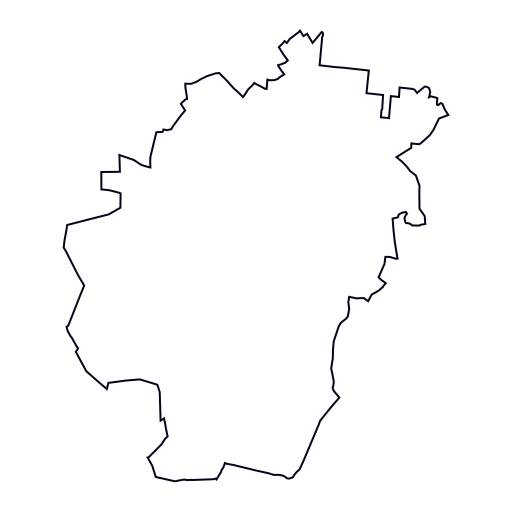 Aba South, Abia, Nigeria (Robinson projection)
{"feature_id": "59680162B9128777704300", "entity_name": "Aba South", "entity_type": "district", "adm_level": 2, "iso_a3": "NGA", "parent_name": "Nigeria", "parent_adm1": "Abia", "projection": "robinson", "projection_center": [7.357, 5.077], "detail": "fine", "context": "isolated", "style": "outline", "palette": "ink", "viewbox_px": 512, "rotation_deg": 0, "n_neighbors": 0, "source": "geoboundaries", "source_scale": "gbopen_adm2", "svg_char_len": 3436}
<svg xmlns="http://www.w3.org/2000/svg" viewBox="0 0 512 512"><path d="M101.3,172.0L101.4,189.4L109.2,190.2L117.9,192.4L120.6,193.4L120.4,207.7L108.7,214.4L92.4,218.5L67.2,225.0L66.0,232.6L64.5,240.3L63.7,247.7L65.7,250.8L68.8,256.9L78.2,275.4L84.2,285.6L80.2,295.3L68.3,325.6L66.6,326.8L67.1,329.2L68.0,331.6L70.6,336.3L71.8,337.6L72.4,338.8L76.5,346.1L78.1,348.3L75.8,351.8L86.3,371.2L99.6,382.9L106.8,389.0L108.4,382.9L125.4,380.6L139.9,379.4L157.3,384.7L159.7,391.9L160.6,420.6L164.1,418.4L164.3,420.2L164.8,421.8L166.3,430.4L167.5,435.7L167.5,436.6L165.3,438.5L161.4,444.5L150.9,455.0L148.9,457.1L147.6,457.5L152.3,465.9L155.8,477.0L167.8,479.7L174.9,481.3L182.5,479.8L184.7,479.6L186.9,480.1L191.0,479.9L192.6,480.0L213.9,479.2L215.4,478.6L215.9,478.7L216.5,479.4L220.9,472.2L221.9,469.4L223.1,468.0L224.1,465.5L224.9,463.0L226.7,463.8L233.1,464.9L257.8,470.9L268.0,473.1L273.7,474.9L278.1,474.8L282.7,475.5L285.1,476.8L287.2,478.4L289.2,478.6L292.7,477.4L294.7,474.3L296.8,471.9L299.6,469.3L303.3,461.3L316.6,429.7L318.7,424.8L319.9,421.2L322.3,418.0L330.9,407.4L339.3,397.6L333.8,390.9L332.9,388.9L332.7,387.5L333.4,385.1L333.8,382.0L332.4,374.0L331.2,368.5L332.8,358.2L333.0,349.8L333.7,341.5L338.5,327.0L340.8,322.8L346.5,318.3L347.9,316.2L349.2,308.7L348.3,302.2L349.2,296.8L356.6,298.4L359.4,298.2L364.1,298.1L364.7,298.8L368.1,301.2L370.4,296.9L371.8,294.4L375.7,292.4L379.7,289.9L381.3,288.2L382.7,287.3L383.5,285.8L385.8,283.2L381.4,280.0L378.6,277.3L384.5,263.9L385.4,256.9L388.4,256.9L390.5,257.1L393.7,258.1L395.7,258.7L397.5,258.7L394.8,242.0L393.4,229.1L392.6,218.6L396.9,217.6L398.1,217.0L398.4,215.2L399.5,214.0L402.4,212.6L405.8,212.0L407.0,213.7L406.2,214.6L404.6,217.4L404.7,219.5L405.3,221.9L406.1,223.1L407.9,223.1L410.5,224.0L412.1,225.4L414.9,225.5L419.3,225.5L421.1,224.7L425.3,224.0L424.7,216.1L419.5,208.7L419.3,192.6L419.5,185.8L415.9,175.5L410.2,171.2L406.9,166.7L402.4,162.0L396.5,157.1L411.2,147.8L411.4,143.4L418.3,144.2L420.3,143.7L429.7,135.3L433.4,130.0L439.0,118.5L448.3,115.0L444.6,109.1L442.4,103.8L440.6,103.1L438.2,105.1L437.0,104.7L436.9,102.0L437.4,98.3L436.2,97.7L430.8,96.3L429.1,97.2L430.2,91.9L429.1,88.1L426.9,86.8L424.6,86.6L417.1,93.0L414.6,89.7L412.4,88.9L407.7,88.4L399.6,87.5L399.0,97.0L390.9,96.1L389.0,118.1L380.9,117.3L381.5,110.0L382.2,109.2L383.1,95.0L366.5,93.2L368.8,70.5L352.2,68.7L344.2,67.8L334.4,67.0L319.6,65.3L320.9,51.1L322.2,37.1L323.1,34.9L322.8,32.9L322.1,32.1L321.8,32.0L321.6,32.1L321.4,32.3L312.6,42.9L307.1,33.8L303.5,36.1L300.0,30.7L299.1,31.8L296.5,33.8L292.8,36.6L289.7,39.0L286.8,43.0L284.6,41.1L283.8,42.1L282.1,44.0L278.8,47.2L283.7,54.9L287.8,60.4L284.9,62.9L280.5,64.5L278.1,65.1L278.3,66.1L278.5,66.3L281.4,70.7L282.9,72.5L284.2,74.3L283.5,74.9L280.0,76.9L277.7,79.0L275.3,79.8L273.6,80.2L269.6,80.2L267.4,79.6L266.6,89.0L264.9,88.7L262.8,87.6L260.3,86.1L257.2,84.7L254.2,82.9L253.6,83.9L251.5,86.2L248.6,88.9L246.9,91.2L245.7,93.4L243.0,97.0L239.8,93.9L236.3,90.5L234.3,89.0L226.9,80.7L219.2,73.0L215.4,73.4L206.6,76.3L205.1,77.1L200.9,79.1L196.7,81.7L191.1,83.8L185.3,83.7L185.4,87.0L185.8,90.2L186.7,95.7L187.0,99.0L185.0,99.7L183.8,101.1L182.5,102.1L180.9,103.8L185.1,110.5L181.5,114.7L173.7,125.2L171.2,129.2L167.0,130.2L163.5,129.5L162.6,131.9L156.4,132.2L155.3,136.7L150.9,154.7L150.3,157.7L150.2,162.4L150.4,167.5L145.3,166.2L141.1,164.8L133.9,160.0L119.4,155.0L119.9,171.8L101.3,172.0Z" fill="none" stroke="#020617" stroke-width="2"/></svg>